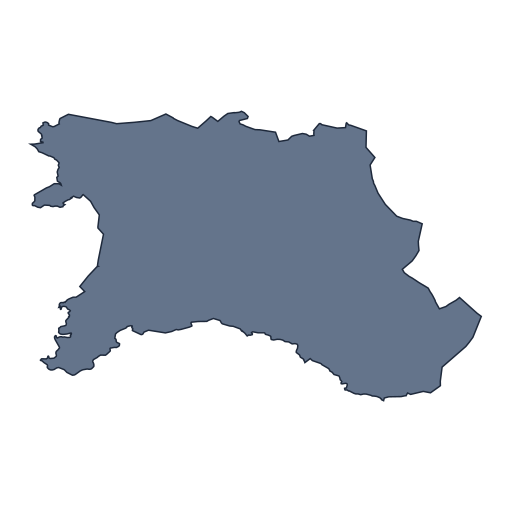 Konstantinovas pag., Dagdas, Latvia (Natural Earth projection)
{"feature_id": "27541924B71818546023925", "entity_name": "Konstantinovas pag.", "entity_type": "district", "adm_level": 2, "iso_a3": "LVA", "parent_name": "Latvia", "parent_adm1": "Dagdas", "projection": "natural_earth1", "projection_center": [27.393, 56.066], "detail": "fine", "context": "isolated", "style": "filled", "palette": "slate", "viewbox_px": 512, "rotation_deg": 0, "n_neighbors": 0, "source": "geoboundaries", "source_scale": "gbopen_adm2", "svg_char_len": 5888}
<svg xmlns="http://www.w3.org/2000/svg" viewBox="0 0 512 512"><path d="M37.7,207.2L40.5,207.7L44.2,205.2L44.8,205.1L49.8,205.4L50.6,206.2L53.0,206.6L55.0,206.1L57.3,206.1L60.0,207.3L62.9,206.7L63.3,205.7L64.9,204.6L63.4,203.9L63.0,203.0L64.8,201.6L68.1,199.8L69.3,199.6L71.7,198.0L71.2,197.7L73.6,196.2L76.5,197.5L79.8,198.0L81.2,197.0L82.7,194.9L83.2,194.6L90.6,201.3L94.1,207.6L99.3,214.9L97.9,227.0L98.0,228.1L103.5,234.2L98.3,259.9L97.4,266.1L98.0,266.3L97.0,266.7L88.4,275.8L79.8,286.5L84.7,291.6L76.1,297.2L73.1,297.2L70.9,298.1L68.8,299.0L67.1,300.0L66.4,301.1L65.3,301.6L65.1,302.4L64.0,302.2L63.1,302.8L62.3,302.5L60.9,302.6L60.2,303.0L59.4,304.1L59.2,305.2L60.2,306.2L59.8,306.6L59.0,306.8L58.8,307.3L59.5,307.1L60.1,307.4L60.4,309.1L60.7,309.4L61.0,309.3L61.7,307.2L62.2,306.6L63.7,306.3L65.5,306.6L66.4,307.1L67.6,309.0L69.5,309.9L70.3,310.7L69.8,311.5L68.2,312.5L68.3,313.5L69.4,314.7L69.5,315.9L68.8,316.4L69.1,316.7L68.9,317.2L65.9,320.5L65.8,321.6L66.4,323.7L66.1,325.0L65.7,325.4L64.3,325.9L60.8,326.6L59.9,327.6L59.0,328.0L58.7,328.4L58.9,330.4L58.6,332.2L58.8,332.7L60.3,334.0L62.8,334.4L66.9,334.0L70.3,333.1L71.3,333.2L71.4,333.7L70.9,334.1L71.1,334.7L70.3,335.2L70.6,336.4L70.5,336.9L69.8,337.4L67.3,337.5L64.2,336.9L62.8,337.2L61.6,336.7L60.7,336.7L59.6,336.9L57.2,338.0L56.4,337.3L56.4,336.1L55.7,335.6L55.3,335.7L54.5,337.0L54.6,338.1L55.2,339.7L59.4,347.1L59.5,347.9L58.0,349.8L56.4,351.3L56.0,352.1L55.9,353.2L56.4,355.3L56.2,356.4L53.9,358.2L50.3,358.5L49.4,358.3L48.9,357.6L48.7,356.4L48.3,356.1L47.9,356.3L47.5,358.0L46.3,358.9L41.7,358.8L41.3,359.0L41.0,359.7L40.5,360.0L40.5,360.4L42.1,360.9L44.0,362.6L47.2,364.7L47.6,365.9L47.2,367.0L47.5,367.8L48.9,369.2L50.4,369.9L52.1,370.0L54.1,369.5L56.7,367.9L58.7,367.5L64.3,369.7L66.9,372.4L72.4,375.2L74.2,375.0L75.3,374.5L80.3,370.9L82.7,369.8L87.1,369.0L89.3,369.3L90.8,369.1L91.6,368.7L93.6,366.7L93.9,366.1L93.8,364.2L93.2,362.5L92.7,361.9L92.8,360.7L93.6,359.5L97.5,357.3L98.1,356.6L100.5,355.1L105.5,355.2L106.6,354.4L110.1,351.2L110.3,350.3L109.9,348.9L110.3,348.1L114.3,347.4L116.4,347.5L118.4,346.5L119.3,345.7L119.6,343.9L119.0,343.3L117.2,342.6L116.3,341.7L116.0,339.3L114.8,338.3L115.5,334.0L117.0,332.5L120.2,330.4L125.6,328.2L126.6,327.5L127.1,326.6L128.0,326.3L130.5,325.7L132.1,325.9L132.2,326.4L131.8,326.9L131.8,327.3L132.3,328.2L132.7,328.4L132.7,329.5L132.3,330.1L132.5,330.6L140.8,334.5L141.8,334.6L142.9,334.0L144.0,332.1L148.5,330.2L165.4,332.9L171.7,331.5L176.2,329.5L178.2,329.9L181.0,329.4L189.4,327.1L191.8,326.1L191.9,325.6L190.9,323.1L191.4,322.2L198.1,321.5L206.8,321.4L208.6,320.3L213.4,318.5L220.0,320.5L221.4,322.9L222.3,323.8L229.7,326.0L233.2,326.3L240.2,328.9L241.6,331.0L242.6,331.5L242.6,331.2L245.0,333.3L247.1,335.9L247.5,335.9L248.4,335.1L250.4,335.2L252.3,334.6L252.4,333.8L251.5,332.8L251.5,332.5L252.8,331.8L258.1,332.8L264.3,332.8L265.0,333.3L265.4,334.3L268.3,335.1L270.5,336.1L270.8,336.5L271.0,339.0L271.3,339.5L272.0,339.7L273.7,340.0L277.1,339.3L280.1,339.4L282.8,340.1L285.0,341.6L288.7,341.9L292.1,343.9L295.0,343.6L297.0,344.1L297.7,345.1L297.8,345.9L297.5,348.3L296.5,350.4L296.2,351.7L296.3,352.5L299.5,354.9L300.4,357.2L303.2,358.9L303.9,359.9L303.9,360.5L304.4,361.1L304.9,362.6L310.2,358.6L312.4,360.6L320.5,363.4L321.5,364.0L321.8,364.6L328.7,368.6L329.7,370.3L329.8,370.9L332.2,372.3L334.0,374.5L338.8,375.9L339.2,376.3L339.9,378.2L340.2,379.8L341.0,380.4L341.8,381.7L341.0,383.0L341.2,383.7L342.1,383.9L345.4,383.3L346.5,383.5L347.1,383.9L347.3,384.9L346.4,387.9L344.6,388.3L344.6,388.9L345.1,390.0L347.2,390.0L348.5,391.0L349.2,390.9L353.9,393.3L355.7,393.9L358.0,393.9L360.7,394.7L363.7,394.0L366.3,394.1L370.9,395.3L372.2,396.0L374.4,396.1L376.9,396.5L379.8,397.7L381.2,398.9L381.5,399.7L383.6,400.7L384.3,398.0L388.8,396.8L401.1,396.6L405.4,395.7L406.0,395.8L407.6,393.0L410.6,394.4L423.3,391.4L430.5,392.8L439.9,386.1L440.4,385.6L440.3,381.2L442.1,367.1L465.8,346.5L469.3,342.2L472.9,337.3L481.3,316.4L477.0,313.2L459.5,297.5L456.2,300.2L448.8,304.4L446.0,306.5L439.4,308.8L435.4,301.7L435.1,300.4L433.0,296.3L431.7,294.0L430.1,291.7L428.2,288.1L419.0,282.6L412.1,278.0L409.0,276.3L404.3,272.7L402.3,269.3L412.2,260.9L415.8,255.9L419.0,250.5L418.5,245.3L418.3,241.3L422.2,223.8L416.4,221.3L413.1,221.3L410.4,220.1L402.8,218.5L396.7,216.2L385.3,204.4L378.0,193.1L374.9,185.6L373.6,183.2L373.4,181.4L372.3,178.7L370.1,165.0L374.9,157.5L366.0,147.4L366.4,130.9L350.7,125.3L348.7,124.9L346.7,122.8L346.2,123.2L345.5,127.6L337.1,128.1L321.8,124.7L320.6,123.6L319.3,123.6L313.7,130.3L314.0,130.4L313.8,134.0L314.0,135.4L309.5,136.2L306.2,134.2L302.4,133.5L294.0,135.5L291.7,136.3L287.9,140.0L278.9,141.5L275.5,132.2L259.9,129.8L255.0,129.6L245.8,126.3L243.0,124.8L240.1,123.9L239.0,121.6L239.5,120.5L247.4,118.5L248.1,116.5L244.3,112.7L241.4,111.3L239.8,112.1L238.3,112.4L234.3,112.8L234.2,112.6L227.8,113.5L223.8,116.3L217.8,121.4L212.3,117.3L210.8,116.5L206.0,121.0L197.7,128.2L191.9,126.4L177.5,120.5L173.5,118.4L173.2,117.9L165.9,114.0L150.8,120.6L134.5,122.3L116.6,123.7L111.5,122.4L68.4,114.3L60.1,118.5L59.7,119.2L59.0,122.2L59.0,123.2L59.3,123.9L54.0,126.6L52.5,126.7L48.6,125.1L48.6,123.6L47.3,122.6L46.2,122.2L45.1,122.0L43.0,122.8L43.1,124.5L43.3,125.0L42.8,125.5L41.2,126.1L40.4,127.5L39.2,127.9L38.3,128.9L37.9,130.0L38.2,131.4L41.4,134.1L41.9,135.6L41.7,135.6L42.2,138.0L40.6,139.4L40.5,141.5L42.9,142.1L43.0,142.7L34.5,144.1L30.7,144.2L35.2,146.8L37.2,148.9L38.8,151.7L42.0,152.7L48.9,156.0L50.0,156.0L53.7,157.6L54.2,158.1L54.7,159.1L56.6,160.1L59.0,162.7L58.9,163.8L58.3,165.0L58.4,165.7L59.2,167.4L58.0,169.4L57.2,172.0L58.1,176.0L56.8,177.4L57.4,181.1L60.3,183.0L60.9,183.9L61.3,185.2L59.3,184.0L58.2,183.7L54.2,183.7L49.5,186.7L46.4,187.9L34.4,194.8L34.1,195.3L34.9,197.2L34.8,200.9L33.7,202.2L32.5,203.2L32.3,203.9L32.3,204.7L32.4,205.2L32.9,205.6L34.8,205.7L37.7,207.2Z" fill="#64748b" stroke="#1e293b" stroke-width="1.5"/></svg>